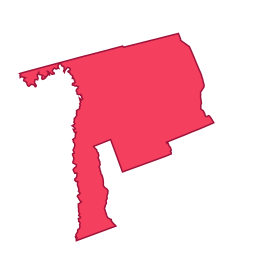 Alto Paraíso, Rondônia, Brazil, rotated 340°
{"feature_id": "56859067B16955929440840", "entity_name": "Alto Paraíso", "entity_type": "district", "adm_level": 2, "iso_a3": "BRA", "parent_name": "Brazil", "parent_adm1": "Rondônia", "projection": "natural_earth1", "projection_center": [-63.561, -9.698], "detail": "fine", "context": "isolated", "style": "filled", "palette": "rose", "viewbox_px": 256, "rotation_deg": 340, "n_neighbors": 0, "source": "geoboundaries", "source_scale": "gbopen_adm2", "svg_char_len": 4581}
<svg xmlns="http://www.w3.org/2000/svg" viewBox="0 0 256 256"><g transform="rotate(340 128 128)"><path d="M207.7,143.9L206.5,144.3L205.6,144.0L204.9,143.5L204.7,142.6L205.0,140.8L204.7,138.2L204.5,137.4L203.6,136.3L203.0,134.8L204.0,132.0L204.5,131.0L205.6,129.6L206.6,124.1L207.6,121.6L208.1,120.1L208.3,119.3L213.0,115.7L213.6,115.1L214.2,113.5L214.5,109.9L214.9,107.3L214.9,104.6L215.1,103.7L215.0,100.4L214.8,97.9L214.5,92.4L214.1,82.2L213.8,77.4L213.5,72.5L211.9,70.2L208.0,64.5L207.4,63.8L207.8,62.6L207.7,56.4L201.6,55.8L151.4,50.6L151.0,49.2L130.9,47.4L112.3,45.6L108.3,45.2L48.2,40.0L44.8,39.8L45.4,40.8L44.6,41.6L44.0,43.7L45.6,43.2L46.5,44.2L48.3,45.2L48.8,45.9L47.4,46.1L46.8,46.6L46.1,47.9L47.0,48.5L47.7,49.8L48.4,50.4L48.1,52.4L48.3,53.9L49.1,54.9L50.1,54.6L51.6,53.6L52.4,54.3L54.0,54.9L54.5,55.8L54.9,57.5L55.8,57.5L56.3,56.6L55.7,53.7L55.9,52.7L56.6,51.8L57.2,50.8L58.5,51.1L59.6,51.8L60.5,50.6L60.5,48.9L60.8,48.1L60.8,46.7L62.1,46.3L63.1,45.3L62.7,47.3L63.9,48.0L64.7,48.6L65.9,49.6L65.1,50.1L64.5,50.6L63.9,52.2L64.4,53.1L66.2,53.1L67.7,52.6L67.6,51.4L68.6,51.9L70.0,51.2L70.9,50.2L72.3,51.3L72.4,50.3L71.7,47.3L72.5,47.8L73.0,48.9L74.0,50.5L74.8,51.3L75.7,51.8L76.5,51.6L77.3,51.8L77.4,50.9L76.6,49.9L76.4,48.9L76.6,48.1L77.6,47.3L79.3,46.4L79.8,47.2L80.7,48.0L81.9,48.0L82.6,47.6L83.3,48.2L83.2,46.6L83.6,45.4L85.2,44.2L86.9,44.4L87.0,46.7L87.5,47.5L88.5,48.1L88.7,49.1L88.0,51.4L86.9,52.4L87.3,53.9L88.2,52.6L89.3,51.9L91.5,50.5L92.8,50.9L93.8,52.1L93.7,53.6L92.7,53.8L91.8,54.0L90.9,54.3L91.1,55.2L92.3,55.6L92.1,57.1L93.9,60.2L93.2,61.3L92.7,62.4L93.9,62.6L94.0,65.5L93.8,67.1L93.1,67.4L92.3,67.1L91.2,67.2L90.6,67.9L90.5,68.7L91.4,69.0L92.3,70.2L93.2,70.7L94.0,70.7L94.6,71.4L95.4,72.3L94.5,73.6L93.0,74.1L92.1,75.2L92.1,76.1L92.4,77.1L91.8,78.6L93.0,79.8L95.0,80.2L94.7,81.3L95.5,81.9L94.9,83.6L95.4,85.1L94.6,85.3L93.2,86.0L93.2,84.4L92.6,83.4L92.4,85.5L92.3,87.6L90.9,88.8L91.1,90.3L89.8,91.3L89.4,93.0L88.4,93.5L86.2,93.9L85.4,94.3L85.4,95.5L84.4,96.7L84.5,98.1L83.7,99.0L82.9,99.5L82.1,100.4L80.9,100.5L80.3,101.9L80.0,102.9L79.0,104.2L79.6,105.4L79.1,106.3L78.4,106.4L77.2,106.5L76.2,106.8L77.3,108.1L77.8,109.4L78.2,110.6L77.2,111.1L76.1,110.5L76.2,111.6L76.1,112.8L76.6,114.3L77.8,114.4L75.9,116.9L75.6,118.1L74.7,119.3L73.5,119.5L72.1,120.0L72.4,121.1L71.9,122.3L72.4,123.7L72.4,125.2L71.8,126.4L71.1,127.8L70.3,128.3L69.8,129.2L69.0,129.6L68.8,130.8L69.0,132.2L68.6,133.4L67.4,133.2L66.8,133.7L66.8,138.1L66.0,139.2L65.5,140.2L64.6,140.9L64.4,142.3L65.9,143.7L66.7,144.6L66.6,145.8L65.9,146.6L64.0,147.2L62.3,148.2L62.1,149.2L62.3,150.3L62.5,152.4L63.8,152.6L64.6,152.9L63.5,155.8L62.9,156.4L62.2,157.0L60.5,157.8L60.1,158.6L60.7,160.4L61.4,160.8L62.5,161.1L61.5,163.0L61.2,163.8L60.9,165.0L61.1,167.5L60.7,168.6L60.7,169.6L59.8,170.5L60.7,172.9L59.7,173.6L57.7,174.1L57.0,174.9L57.2,175.8L57.6,176.9L57.7,178.5L58.2,180.3L59.0,181.4L57.8,181.7L56.8,182.3L55.3,182.4L54.7,184.4L54.1,185.9L54.1,186.8L53.3,188.7L53.0,189.7L53.0,190.8L53.2,192.2L52.3,192.6L51.7,193.4L52.3,194.3L52.8,195.2L52.6,196.1L51.4,196.1L50.5,196.0L50.2,196.8L50.3,197.8L49.7,198.8L50.1,199.7L50.5,200.7L50.2,201.4L49.4,202.3L49.3,203.4L49.0,204.4L48.5,205.3L47.4,206.1L46.2,206.3L45.7,207.0L45.0,208.5L43.3,209.8L42.5,210.5L42.2,212.2L41.4,212.2L41.4,213.5L42.4,214.0L41.9,214.7L41.2,215.2L40.9,216.2L41.8,216.2L83.1,216.0L82.6,214.6L82.0,213.5L81.4,212.7L81.4,211.8L80.9,210.8L80.5,209.8L80.9,209.1L81.0,208.2L80.3,207.8L79.7,207.2L79.1,206.4L78.4,205.6L78.3,204.8L78.0,204.0L78.0,202.5L78.3,201.2L78.1,199.9L78.2,198.9L78.3,197.8L78.4,196.3L78.3,195.3L79.0,194.6L79.7,194.1L80.0,193.0L80.9,192.3L81.9,191.4L82.2,190.5L82.4,189.0L83.1,188.2L84.2,187.3L84.6,186.0L84.8,184.9L85.8,183.4L86.5,182.8L87.1,181.4L87.7,180.3L87.5,179.1L87.3,178.3L86.7,177.3L86.1,176.5L85.5,175.4L85.3,174.3L85.3,172.9L85.7,172.2L86.2,170.8L86.7,169.1L87.1,167.1L87.3,165.8L87.3,164.6L87.4,163.2L86.9,162.2L87.2,160.4L87.4,158.8L87.3,157.3L87.8,156.0L87.4,155.2L87.8,154.4L89.1,153.1L89.4,152.3L89.7,150.9L90.0,149.6L89.7,148.7L89.9,147.4L89.6,146.0L90.0,145.3L90.8,144.4L91.3,143.6L91.2,142.6L91.5,141.4L91.0,140.4L90.8,138.8L91.1,137.9L90.8,137.2L90.2,136.0L89.7,134.8L89.4,133.5L107.7,132.9L107.8,146.3L107.8,152.9L107.8,159.8L107.8,167.4L153.0,167.4L159.8,167.1L160.2,165.5L159.9,164.3L160.9,163.8L161.1,162.8L161.2,161.6L161.0,160.1L160.4,158.9L160.5,157.4L160.4,155.7L159.4,155.9L159.2,154.5L174.7,154.0L179.0,153.9L186.7,153.5L192.0,153.4L198.6,153.1L210.4,152.4L209.8,149.2L209.3,146.8L208.9,145.4L208.5,144.4L207.7,143.9Z" fill="#f43f5e" stroke="#9f1239" stroke-width="1.5"/></g></svg>